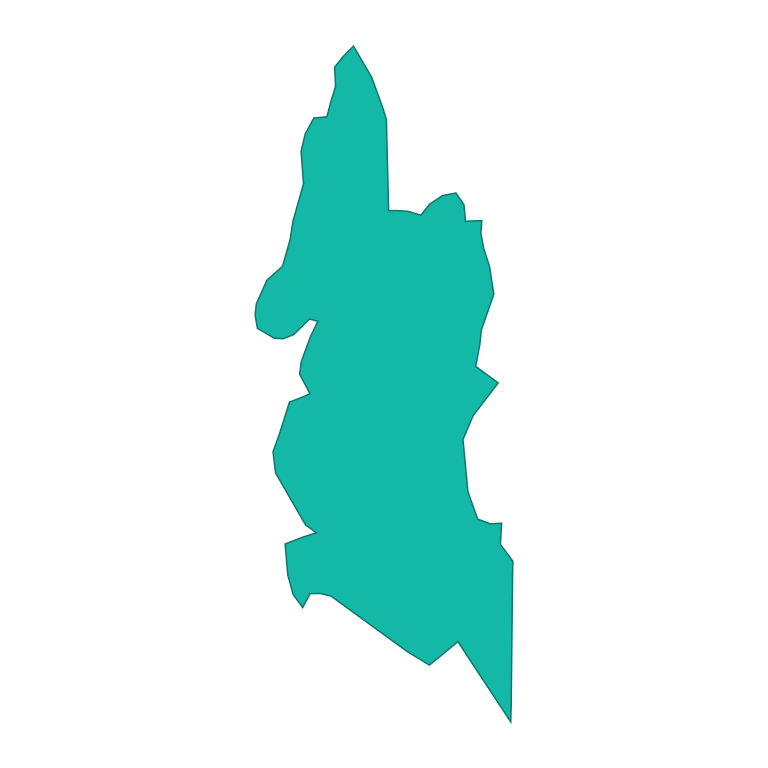 São Vicente Férrer, Pernambuco, Brazil (Equal Earth projection)
{"feature_id": "56859067B99318407457286", "entity_name": "São Vicente Férrer", "entity_type": "district", "adm_level": 2, "iso_a3": "BRA", "parent_name": "Brazil", "parent_adm1": "Pernambuco", "projection": "equal_earth", "projection_center": [-35.495, -7.602], "detail": "fine", "context": "isolated", "style": "filled", "palette": "teal", "viewbox_px": 768, "rotation_deg": 0, "n_neighbors": 0, "source": "geoboundaries", "source_scale": "gbopen_adm2", "svg_char_len": 1075}
<svg xmlns="http://www.w3.org/2000/svg" viewBox="0 0 768 768"><path d="M285.1,544.0L287.8,575.0L293.0,594.2L302.7,607.6L310.0,593.7L320.3,593.5L330.8,596.0L407.4,651.7L429.4,665.1L440.4,656.2L457.9,641.6L467.9,656.9L510.7,721.9L511.2,705.5L512.6,572.0L512.9,561.3L500.4,544.4L501.6,523.2L490.4,523.9L477.7,519.1L467.9,491.7L463.0,439.5L473.1,415.7L498.2,382.9L475.7,366.4L479.9,344.1L481.3,330.2L493.8,294.3L489.6,266.7L483.8,248.7L480.9,233.4L481.8,220.6L465.5,221.3L464.0,204.9L456.0,193.0L442.6,195.5L429.6,204.2L420.9,215.2L407.7,211.3L397.9,210.6L388.6,210.6L386.4,119.3L382.5,107.0L371.6,77.1L353.5,46.1L343.5,56.1L334.7,67.1L335.5,86.5L330.5,102.9L326.9,116.8L313.9,118.0L305.2,133.9L301.1,151.5L303.5,183.7L293.0,221.1L290.0,240.0L282.5,266.3L266.9,280.2L256.4,303.7L255.1,314.9L257.4,328.3L274.2,338.2L283.0,338.8L293.5,334.7L309.6,319.0L317.8,321.3L310.3,337.0L301.2,361.9L299.6,374.0L310.0,393.8L300.5,397.9L289.5,402.0L279.5,433.8L273.0,451.8L275.6,473.0L305.6,525.0L316.4,532.8L302.2,537.3L285.1,544.0Z" fill="#14b8a6" stroke="#0f766e" stroke-width="1.5"/></svg>